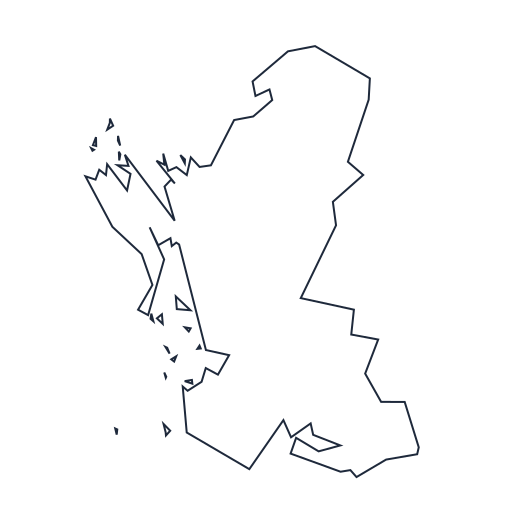 Helgafellssveit, Vesturland, Iceland, rotated 274°
{"feature_id": "244011B42475995928988", "entity_name": "Helgafellssveit", "entity_type": "district", "adm_level": 2, "iso_a3": "ISL", "parent_name": "Iceland", "parent_adm1": "Vesturland", "projection": "orthographic", "projection_center": [-22.792, 64.982], "detail": "medium", "context": "isolated", "style": "outline", "palette": "slate", "viewbox_px": 512, "rotation_deg": 274, "n_neighbors": 0, "source": "geoboundaries", "source_scale": "gbopen_adm2", "svg_char_len": 1944}
<svg xmlns="http://www.w3.org/2000/svg" viewBox="0 0 512 512"><g transform="rotate(274 256 256)"><path d="M42.9,264.2L94.2,294.8L77.6,303.6L92.8,322.2L81.6,325.5L72.9,353.3L65.5,332.1L77.4,308.7L61.3,304.3L46.7,355.4L49.0,365.1L42.5,371.7L62.0,400.0L69.5,430.6L76.5,431.7L120.8,414.5L119.2,391.0L146.3,373.1L181.2,383.7L184.3,356.5L209.3,357.4L217.1,303.6L292.2,333.7L315.4,328.9L344.3,357.3L356.4,341.1L419.8,357.5L441.1,357.2L469.5,300.3L462.4,273.6L429.9,240.4L415.6,244.3L423.1,257.8L412.7,261.3L395.0,243.5L390.1,224.7L343.3,204.7L340.9,193.5L349.8,184.1L331.9,181.3L339.1,170.4L334.8,162.5L351.7,156.3L340.7,158.2L344.1,150.1L322.7,170.0L326.3,166.0L318.9,159.9L285.5,172.4L347.9,118.1L337.0,122.5L336.9,111.5L329.2,125.1L312.4,122.8L337.2,101.1L326.3,100.7L331.1,93.6L321.0,90.6L323.6,80.3L275.1,110.7L249.9,141.8L219.9,154.7L194.2,142.1L189.5,152.5L246.2,164.6L277.2,147.9L259.9,157.7L267.8,169.4L260.0,171.3L263.8,175.5L262.1,178.5L158.7,212.6L155.2,236.1L135.0,226.3L140.7,213.7L126.7,210.5L116.8,197.2L120.7,192.0L75.1,199.2L42.9,264.2ZM210.1,178.8L197.5,180.7L197.3,194.4L210.1,178.8ZM82.0,175.5L73.7,178.2L70.7,178.7L75.7,182.6L82.0,175.5ZM191.3,166.2L186.9,161.5L181.8,167.7L191.3,166.2ZM363.4,88.1L355.2,85.6L354.6,88.9L363.4,88.1ZM371.7,98.8L376.0,104.4L382.9,100.7L378.6,100.9L371.7,98.8ZM127.9,200.7L126.2,193.6L124.2,201.4L127.9,200.7ZM361.5,110.2L356.7,112.8L366.2,110.0L361.5,110.2ZM179.3,195.8L179.9,190.0L176.0,194.2L179.3,195.8ZM347.4,178.4L351.4,173.5L343.5,178.5L347.4,178.4ZM191.2,155.6L186.0,155.2L183.7,158.2L191.2,155.6ZM350.5,111.9L341.8,112.9L348.0,113.6L350.5,111.9ZM159.9,207.3L162.7,205.9L159.3,204.0L159.9,207.3ZM152.6,176.6L158.3,173.8L159.0,172.0L152.6,176.6ZM150.4,183.4L147.0,178.7L145.0,181.7L150.4,183.4ZM350.7,87.0L352.0,84.1L349.6,85.5L350.7,87.0ZM129.3,174.9L133.4,172.6L128.2,174.5L129.3,174.9ZM73.3,129.7L74.1,127.6L68.1,129.5L73.3,129.7Z" fill="none" stroke="#1e293b" stroke-width="2"/></g></svg>